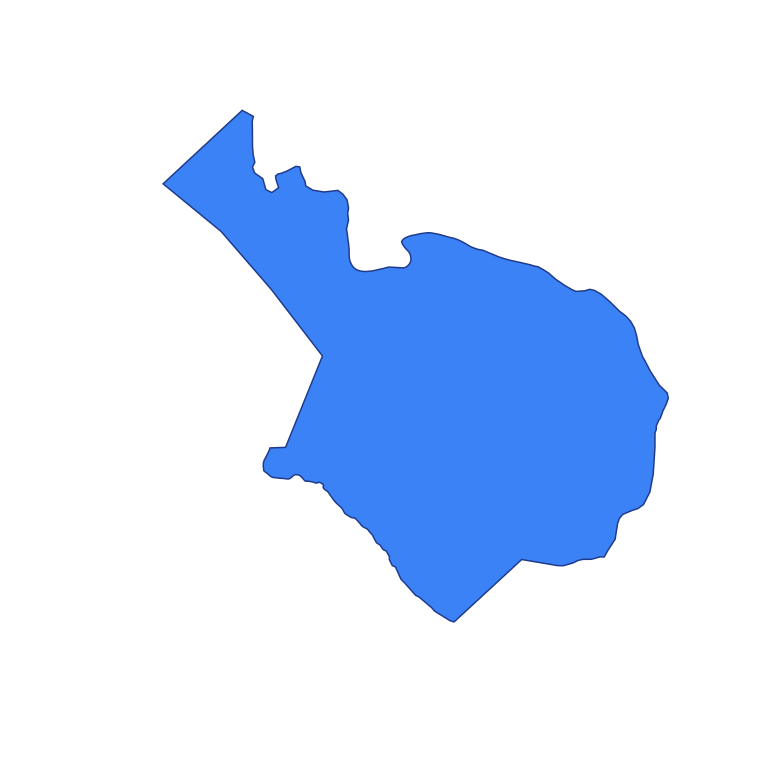 the district of Hope Estate, Vieux Fort, Saint Lucia, rotated 116°
{"feature_id": "8701671B78477528803813", "entity_name": "Hope Estate", "entity_type": "district", "adm_level": 2, "iso_a3": "LCA", "parent_name": "Saint Lucia", "parent_adm1": "Vieux Fort", "projection": "albers", "projection_center": [-60.958, 13.763], "detail": "fine", "context": "isolated", "style": "filled", "palette": "blue", "viewbox_px": 768, "rotation_deg": 116, "n_neighbors": 0, "source": "geoboundaries", "source_scale": "gbopen_adm2", "svg_char_len": 4488}
<svg xmlns="http://www.w3.org/2000/svg" viewBox="0 0 768 768"><g transform="rotate(116 384 384)"><path d="M300.9,670.3L318.3,597.3L348.3,527.0L360.9,501.7L385.8,451.6L484.1,444.7L491.4,458.4L492.0,458.3L494.0,458.1L496.0,458.1L497.8,458.0L499.6,458.1L501.5,458.1L502.1,458.1L503.4,458.2L504.8,458.3L506.4,458.0L506.9,458.0L508.4,457.6L509.7,457.0L511.0,456.4L513.3,454.8L514.5,454.1L515.0,453.1L515.2,451.5L515.8,448.8L516.0,448.2L516.5,446.6L516.8,444.5L516.8,443.4L516.5,442.3L515.9,440.6L515.2,438.8L515.0,438.1L514.6,436.8L514.0,435.4L513.8,435.0L513.4,434.1L513.2,433.4L512.3,431.0L511.8,429.4L511.5,428.6L511.2,428.2L509.9,426.9L508.5,426.3L506.9,425.7L505.9,425.1L505.5,424.9L504.1,423.7L503.8,422.5L503.3,421.3L503.2,419.5L503.3,418.8L503.6,417.9L503.8,417.3L503.9,417.0L504.8,414.7L505.2,414.0L505.8,412.4L505.5,411.7L505.2,410.8L504.9,410.0L504.4,409.0L503.8,406.8L503.6,406.1L503.4,405.5L503.2,404.5L503.2,404.0L503.0,402.8L502.9,402.0L502.7,401.2L500.9,399.5L500.6,398.5L500.6,397.3L500.6,397.0L500.8,395.9L501.0,394.5L501.4,394.2L501.9,393.8L503.3,393.6L503.8,393.1L504.2,392.6L504.6,391.6L504.8,391.2L505.0,389.7L505.1,389.0L505.3,388.0L505.6,387.1L506.1,385.9L506.8,384.9L507.7,383.4L508.3,382.1L508.6,381.5L509.3,380.1L510.2,378.7L511.5,375.8L512.3,373.4L512.9,371.4L513.5,369.3L514.2,367.2L514.9,366.2L516.3,364.2L517.1,363.0L517.6,362.2L517.8,360.7L518.0,359.1L518.0,358.7L518.1,357.5L518.3,355.8L518.3,355.3L518.2,354.4L518.1,353.8L517.9,353.3L517.5,352.4L517.2,352.0L517.5,351.2L517.7,350.2L518.1,349.0L518.5,347.6L519.4,345.8L520.1,344.0L520.5,343.3L521.1,342.0L521.4,341.1L521.6,339.5L521.6,338.6L521.7,336.6L521.7,335.4L522.2,334.2L522.9,332.9L523.2,332.0L523.7,330.9L524.3,329.5L524.6,328.5L527.6,324.5L530.0,321.1L530.5,316.9L532.3,313.8L533.2,312.3L533.2,308.6L534.3,307.1L536.8,303.5L538.1,302.9L539.5,302.2L543.5,297.1L543.5,293.4L544.0,292.8L552.0,283.2L552.4,282.1L553.8,278.1L558.8,266.1L560.1,262.9L560.1,259.2L564.2,243.0L566.0,238.8L567.8,220.8L567.1,216.7L481.4,183.3L471.1,148.3L468.8,143.3L464.0,137.9L462.2,135.9L461.1,135.0L457.2,131.9L454.2,128.0L451.7,122.9L450.5,120.6L445.9,115.4L444.5,113.8L443.0,110.3L433.9,109.7L431.2,109.3L422.1,108.2L420.0,108.9L406.9,112.9L401.8,113.5L396.6,112.3L388.6,105.3L384.6,101.1L384.1,100.9L378.6,97.9L364.6,97.7L364.0,97.8L346.8,102.6L322.4,112.6L308.9,119.1L305.5,119.3L302.3,120.9L295.9,121.2L294.0,120.7L288.9,121.1L286.3,121.5L278.2,121.5L272.2,122.2L270.2,123.8L267.9,125.5L264.5,135.8L255.7,150.3L248.7,159.7L246.1,163.6L240.6,169.2L236.9,172.9L231.1,177.2L230.1,177.9L223.9,183.5L219.6,189.7L217.0,196.1L215.3,204.4L211.3,216.2L208.1,228.0L207.6,235.7L208.7,240.6L212.1,244.2L216.6,252.0L216.8,256.6L216.2,265.1L214.5,276.1L212.1,284.7L211.3,292.2L211.1,296.8L211.9,299.9L212.1,300.8L212.5,303.0L212.8,305.1L213.4,307.7L213.9,309.8L214.4,311.9L214.9,314.2L215.4,316.3L216.1,319.0L216.6,321.2L217.4,324.3L218.1,328.1L218.7,331.1L218.8,332.5L219.2,335.1L219.5,337.0L219.6,340.0L219.8,342.7L219.9,345.0L220.1,347.4L220.2,350.0L220.3,352.3L220.5,354.2L221.6,357.7L222.1,360.7L222.4,363.3L222.6,366.0L222.5,367.7L222.2,371.0L222.0,373.9L221.9,376.1L221.9,377.6L221.9,379.8L222.1,382.6L222.5,385.7L223.2,388.2L223.7,390.9L224.1,393.0L224.6,395.7L225.0,398.4L225.7,401.3L226.9,405.7L227.5,407.8L228.7,410.8L231.2,414.6L233.0,417.3L235.2,420.0L236.2,421.2L237.3,422.8L238.8,424.7L240.3,426.3L241.9,427.8L243.7,429.2L245.7,430.2L247.1,430.5L248.3,430.6L249.2,429.8L250.3,428.6L251.1,427.1L252.2,425.2L253.4,422.3L254.3,419.7L255.9,417.5L257.1,416.3L258.8,415.2L259.5,414.7L261.5,413.9L264.1,413.7L265.9,414.0L267.4,414.5L269.2,415.4L270.4,416.5L271.4,418.1L272.4,420.5L273.3,422.6L274.1,424.5L275.5,427.9L276.9,431.1L278.4,432.9L280.6,435.4L282.6,438.0L285.3,441.3L287.6,444.2L289.0,446.5L290.7,449.3L291.9,452.0L292.8,454.6L293.2,457.1L293.3,459.0L292.8,461.9L291.8,464.2L290.0,466.7L288.0,468.9L285.9,470.4L282.8,472.2L280.5,473.3L277.4,474.9L275.2,476.3L273.3,477.4L271.1,479.0L269.0,480.4L267.0,481.6L264.7,483.1L262.8,484.6L261.9,484.9L261.5,485.6L252.3,487.7L246.6,491.4L241.4,493.0L234.6,498.0L231.4,504.2L230.2,510.3L234.2,516.5L237.8,522.3L241.0,533.0L240.2,541.3L236.6,543.7L230.6,551.2L225.8,554.9L227.0,558.6L235.4,564.8L239.4,568.5L241.8,571.4L244.6,572.6L247.8,570.5L253.7,564.8L261.1,568.7L261.1,575.3L252.6,583.0L251.0,592.9L246.7,597.3L241.4,597.3L235.0,602.2L228.6,606.1L212.0,614.3L205.6,617.6L200.8,618.7L200.2,631.4L300.9,670.3Z" fill="#3b82f6" stroke="#1e3a8a" stroke-width="1.5"/></g></svg>